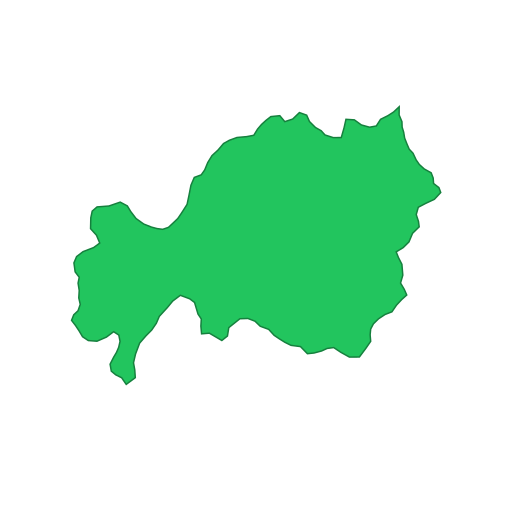 the district of Careaçu, Minas Gerais, Brazil, rotated 252°
{"feature_id": "56859067B66204564146024", "entity_name": "Careaçu", "entity_type": "district", "adm_level": 2, "iso_a3": "BRA", "parent_name": "Brazil", "parent_adm1": "Minas Gerais", "projection": "robinson", "projection_center": [-45.665, -22.072], "detail": "fine", "context": "isolated", "style": "filled", "palette": "green", "viewbox_px": 512, "rotation_deg": 252, "n_neighbors": 0, "source": "geoboundaries", "source_scale": "gbopen_adm2", "svg_char_len": 2196}
<svg xmlns="http://www.w3.org/2000/svg" viewBox="0 0 512 512"><g transform="rotate(252 256 256)"><path d="M349.2,143.5L349.0,131.6L351.8,120.0L349.3,114.1L343.4,110.7L333.1,107.1L325.1,110.7L316.6,111.4L314.2,104.2L313.6,92.9L310.9,85.2L305.7,80.7L296.8,79.1L290.4,81.3L285.2,78.4L277.8,77.2L270.9,74.5L264.3,73.9L258.9,69.8L256.4,64.5L251.8,60.7L245.6,62.9L239.5,64.6L232.8,66.1L227.4,70.4L224.1,78.4L225.1,88.7L228.0,97.2L223.2,101.1L216.8,100.3L211.6,97.2L207.4,93.5L203.8,89.4L198.2,83.8L191.2,82.8L186.3,85.9L181.7,90.6L174.0,92.9L177.6,103.6L185.1,105.5L192.3,106.5L200.1,111.2L209.1,118.4L214.1,126.7L217.8,133.9L222.8,140.4L228.5,145.4L234.2,155.5L238.9,162.9L242.0,171.9L235.8,179.7L230.8,183.2L218.7,182.9L213.0,184.5L206.3,181.9L198.8,180.2L197.0,187.8L186.2,197.4L188.7,204.1L196.3,208.0L201.3,221.3L199.1,229.0L194.3,234.9L187.9,238.3L182.3,245.4L175.0,248.7L170.0,252.6L165.0,256.8L160.2,261.7L156.1,270.3L147.2,274.7L145.8,281.3L145.4,289.0L146.1,295.1L144.9,301.6L138.1,307.0L131.0,313.6L128.0,323.1L134.2,331.9L139.4,338.7L145.8,340.2L151.1,342.5L155.2,346.7L158.4,353.1L160.5,360.7L160.9,368.0L165.9,374.5L169.6,381.2L172.3,387.3L178.5,386.7L185.6,385.1L192.4,389.7L203.0,392.2L210.4,391.0L216.6,390.6L218.5,398.6L222.1,405.8L229.2,411.9L233.3,420.2L238.6,421.2L245.9,421.2L252.2,425.4L253.6,433.6L254.8,443.2L259.3,451.3L264.5,451.1L270.1,447.3L275.4,448.6L281.0,448.3L286.8,442.9L292.6,439.6L297.9,438.0L305.2,437.1L310.3,434.7L315.7,434.2L322.2,433.8L328.1,434.7L333.4,434.8L338.6,436.3L345.9,435.7L353.7,438.3L350.4,431.3L348.7,424.8L347.5,416.7L342.5,410.6L343.4,403.8L348.1,396.7L355.1,391.6L358.2,383.8L350.6,379.3L342.3,373.7L344.7,366.1L349.8,359.0L355.0,356.7L359.8,352.3L367.4,348.4L374.3,347.7L379.0,341.6L374.9,333.2L374.9,324.9L382.1,322.0L384.0,313.2L381.9,307.4L379.4,301.9L376.2,296.7L371.5,291.2L372.4,284.1L374.6,274.5L374.3,266.4L373.0,259.9L368.5,252.6L365.1,245.2L359.8,239.0L353.7,233.8L350.1,229.0L349.8,221.6L343.4,216.0L334.2,210.9L326.4,206.4L320.3,199.0L315.8,193.2L313.2,187.8L310.3,181.6L310.2,175.5L312.7,170.3L315.8,165.5L321.1,159.1L328.7,153.5L337.0,150.6L343.4,149.1L349.2,143.5Z" fill="#22c55e" stroke="#15803d" stroke-width="1.5"/></g></svg>